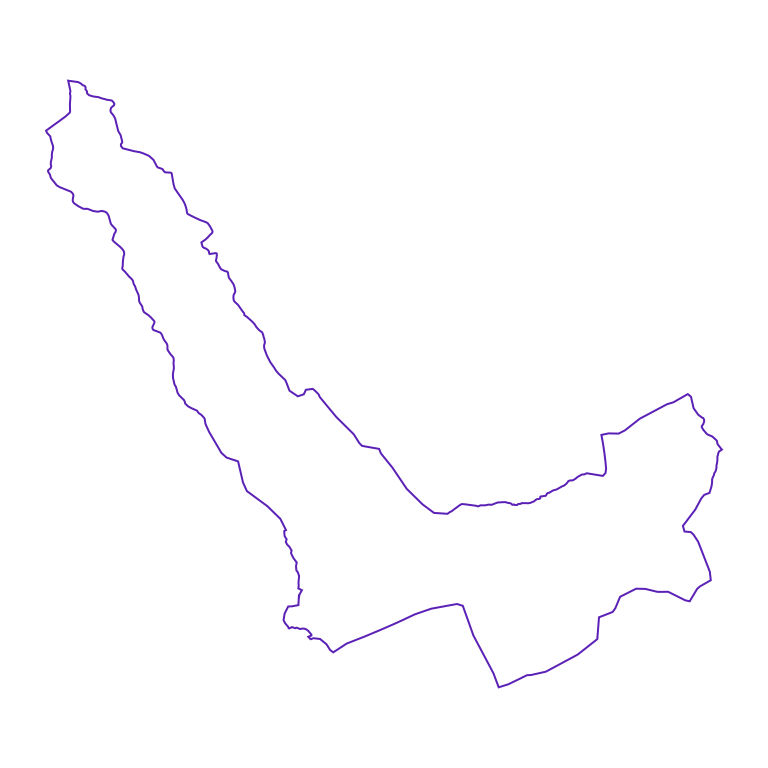 outline of Pietrosita, Dâmbovita, Romania
{"feature_id": "2599482B72915231289183", "entity_name": "Pietrosita", "entity_type": "district", "adm_level": 2, "iso_a3": "ROU", "parent_name": "Romania", "parent_adm1": "Dâmbovita", "projection": "albers", "projection_center": [25.417, 45.214], "detail": "fine", "context": "isolated", "style": "outline", "palette": "violet", "viewbox_px": 768, "rotation_deg": 0, "n_neighbors": 0, "source": "geoboundaries", "source_scale": "gbopen_adm2", "svg_char_len": 6038}
<svg xmlns="http://www.w3.org/2000/svg" viewBox="0 0 768 768"><path d="M709.5,492.9L711.4,486.7L712.0,483.4L712.1,481.7L712.1,479.8L712.4,478.3L713.9,475.1L714.2,473.4L715.5,471.4L716.4,468.3L716.5,467.2L716.4,465.9L717.2,462.1L717.4,460.1L717.4,456.5L717.9,455.2L718.4,452.8L719.1,451.5L721.9,449.6L720.7,448.2L717.7,444.3L717.3,443.3L717.0,441.1L716.5,440.3L712.3,436.5L707.8,434.6L706.6,433.7L703.2,429.7L701.9,427.4L701.7,426.6L701.8,426.1L703.3,424.0L704.1,421.6L704.2,420.6L703.7,418.7L703.1,418.0L702.2,417.7L698.2,414.7L693.6,408.2L691.0,396.8L687.8,394.1L673.4,402.3L667.1,404.2L639.8,418.7L624.9,430.4L618.6,433.6L608.6,433.4L601.4,434.9L603.0,443.6L604.3,452.3L605.4,461.1L606.1,468.8L605.5,473.0L602.9,475.9L587.0,473.3L586.3,473.4L584.7,474.3L581.7,474.6L577.7,476.9L576.5,477.8L575.6,478.7L573.4,480.0L572.4,480.4L570.3,480.4L568.5,481.0L566.5,483.6L564.1,485.6L562.0,486.4L557.1,489.2L555.2,489.9L553.1,490.4L549.3,492.7L547.6,493.1L546.7,494.0L546.2,495.2L545.5,495.9L543.7,496.0L542.6,496.3L541.2,496.3L540.6,496.5L540.2,497.1L540.2,498.3L540.0,498.5L538.9,499.0L537.2,499.1L535.8,499.8L533.8,501.5L532.3,502.0L530.6,502.8L528.0,503.3L526.3,503.1L521.6,503.1L520.8,503.8L518.2,504.0L517.4,504.8L516.2,505.1L514.6,504.9L514.2,504.5L513.7,504.5L512.7,504.8L512.2,504.7L511.4,503.8L510.9,503.5L509.5,503.1L507.9,502.9L505.4,502.1L502.5,502.2L497.6,502.5L491.6,504.8L488.7,504.6L485.2,505.3L480.6,505.3L478.0,506.4L476.3,505.8L463.4,504.1L461.6,504.1L460.3,504.8L453.3,509.9L451.8,511.2L450.3,511.8L447.4,513.8L434.0,512.9L422.7,504.5L406.7,488.8L392.4,467.6L380.9,453.4L379.1,448.9L362.1,445.9L359.4,443.2L353.7,434.2L336.4,417.1L319.8,397.1L318.5,394.2L315.3,391.0L312.8,388.9L305.9,389.8L303.8,394.3L297.8,396.3L289.5,390.7L286.6,383.1L285.3,380.1L278.3,373.4L275.9,370.5L274.0,367.4L270.3,362.2L266.8,355.3L264.4,348.8L264.1,347.1L264.1,345.3L264.9,342.5L264.4,339.2L263.6,336.8L263.1,334.6L262.2,332.4L259.2,330.2L256.4,327.1L254.6,324.2L252.1,321.5L247.1,317.0L244.4,315.2L244.1,313.2L242.5,311.2L237.9,304.7L235.0,302.1L233.8,300.6L233.4,297.9L233.5,295.7L234.0,294.1L235.0,292.5L235.3,291.3L234.6,287.6L233.8,284.9L232.1,282.1L228.8,277.6L227.9,272.5L227.4,271.7L224.8,271.0L221.2,269.3L219.7,267.2L218.1,264.0L216.0,261.1L216.1,259.7L216.5,258.1L216.8,255.4L216.8,253.6L215.8,253.1L209.6,254.0L209.3,253.8L208.8,251.1L207.9,250.0L206.0,248.6L204.1,247.9L202.8,247.0L202.0,244.9L201.4,242.4L205.0,239.9L207.4,237.8L210.1,234.8L211.8,233.3L212.5,232.1L212.4,230.8L209.9,226.2L207.7,223.1L205.5,222.0L200.0,220.0L193.6,217.0L187.7,214.0L187.0,212.8L186.6,209.7L185.6,206.1L184.4,203.0L182.9,200.2L174.7,188.4L173.5,184.0L171.7,173.6L171.3,172.9L170.2,172.6L166.0,172.4L164.9,172.2L163.5,170.8L162.6,169.2L161.0,168.5L157.7,167.4L156.8,166.3L153.5,159.9L148.9,155.8L143.3,153.4L140.3,152.3L134.1,151.2L122.7,148.3L120.9,145.9L121.0,144.1L122.2,142.6L122.1,141.0L120.6,135.1L118.2,131.0L115.1,118.4L113.2,115.0L111.2,112.7L110.6,111.6L110.5,109.9L111.0,108.2L111.6,107.3L114.0,105.3L114.3,104.3L114.3,103.8L113.8,102.7L112.6,101.3L111.8,100.5L106.2,99.6L104.5,99.0L102.5,98.6L98.2,97.1L93.4,96.5L89.0,95.2L87.2,93.4L87.0,92.8L87.0,91.7L86.7,90.8L85.5,89.4L85.6,87.3L84.9,86.2L84.5,85.8L83.0,85.3L80.5,83.3L78.2,82.1L68.2,80.7L70.4,91.1L70.4,91.7L70.0,93.1L70.0,93.9L70.4,95.8L70.4,97.4L69.9,104.5L70.1,111.3L69.8,112.6L65.4,116.6L46.1,130.6L46.9,132.7L50.3,136.4L50.6,138.3L51.4,141.3L52.8,145.4L53.2,147.2L53.0,149.2L52.2,151.8L52.0,153.2L51.8,155.5L51.9,157.4L50.8,162.4L50.8,164.6L51.2,165.8L51.1,166.7L50.6,168.2L48.2,170.2L48.0,171.0L48.6,172.6L49.9,174.4L50.4,176.5L51.1,178.3L56.7,185.3L59.6,187.1L71.0,191.7L72.5,193.3L73.3,194.7L73.4,195.7L72.8,199.2L72.7,200.6L73.1,201.9L74.0,203.2L78.0,206.0L82.8,208.6L84.7,208.9L87.4,208.8L91.2,210.2L93.0,211.0L97.7,211.7L102.0,210.9L105.2,211.8L106.6,212.6L107.7,214.1L108.6,215.7L110.8,223.6L111.4,224.6L115.7,229.3L115.9,230.5L115.6,231.8L114.3,233.9L112.5,239.8L112.7,240.3L114.0,241.7L120.5,247.2L122.4,249.2L123.8,251.2L124.1,252.6L124.2,254.5L123.5,256.6L122.9,261.5L122.7,266.3L122.2,268.1L122.3,268.8L122.8,269.7L124.9,271.6L129.1,276.6L131.8,279.2L132.7,280.3L133.8,284.3L135.0,286.1L136.2,289.8L137.9,293.4L138.6,295.3L138.9,297.0L139.1,301.0L139.7,302.6L142.2,306.4L142.7,309.2L143.4,311.0L144.1,312.2L148.3,315.1L151.0,317.5L154.3,321.2L154.5,321.9L154.4,322.8L152.5,326.8L152.4,327.5L152.6,328.8L153.0,329.6L154.2,330.3L160.3,332.6L161.2,333.6L162.1,335.3L163.4,338.6L164.4,340.4L166.6,343.3L167.3,344.9L167.5,347.1L167.4,349.1L168.2,350.9L170.5,354.2L173.2,357.3L173.6,358.7L173.8,360.7L173.5,362.7L173.9,368.2L172.9,373.9L173.0,377.8L174.5,384.4L175.9,386.8L177.6,392.8L179.1,395.3L184.1,400.2L184.8,401.8L185.2,403.6L187.4,405.7L188.5,406.6L191.3,408.1L197.1,410.7L198.5,412.9L201.6,415.1L204.2,418.0L204.7,419.1L205.5,424.0L209.1,431.9L221.4,452.9L226.6,457.6L238.1,461.4L243.0,482.5L246.9,491.1L267.4,506.2L280.3,518.8L286.0,530.1L284.2,531.1L284.6,536.1L286.6,539.3L285.8,542.0L287.2,544.6L289.4,546.8L291.6,550.6L291.0,552.9L292.0,555.4L293.7,558.5L296.7,562.5L296.0,566.3L296.4,570.5L297.8,572.2L299.1,576.0L298.5,582.5L298.7,586.1L298.3,588.4L301.9,590.2L299.4,594.7L298.9,598.0L298.8,597.8L298.4,605.1L292.2,606.3L288.2,606.5L284.6,613.6L283.6,620.0L283.7,620.5L285.2,623.4L288.1,626.7L288.7,628.3L289.3,628.4L292.0,627.1L295.1,628.2L296.7,627.7L300.1,629.0L302.3,628.6L304.1,628.6L306.0,629.2L308.3,630.9L311.4,634.6L311.4,635.5L308.3,636.8L310.6,639.2L313.6,638.2L320.1,639.0L326.6,644.4L330.1,650.0L333.3,652.3L346.6,643.6L364.0,636.8L381.2,629.6L398.1,622.2L415.0,614.3L431.2,608.7L456.9,604.0L462.8,605.8L473.4,635.5L493.4,673.2L498.7,687.3L508.3,684.3L527.0,675.2L531.1,675.0L545.8,671.7L577.8,654.5L597.3,639.1L599.0,617.3L612.6,612.0L615.3,608.3L620.1,596.8L636.1,588.7L645.2,588.9L657.7,591.9L668.2,591.8L685.2,600.3L689.7,601.3L697.2,588.8L700.1,586.3L710.8,580.2L709.8,571.7L698.2,541.8L693.5,534.6L690.8,532.1L684.5,531.5L682.9,525.9L695.2,509.7L701.3,498.4L704.2,494.9L709.5,492.9Z" fill="none" stroke="#5b21b6" stroke-width="2"/></svg>